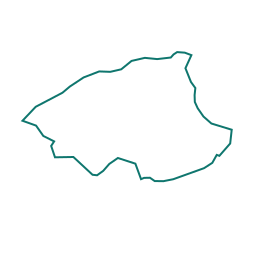 SVG path tracing the border of Bubanza, rotated 252°
{"feature_id": "BDI-2636", "entity_name": "Bubanza", "entity_type": "Province", "adm_level": 1, "iso_a3": "BDI", "parent_name": "Burundi", "parent_adm1": "", "projection": "equal_earth", "projection_center": [29.392, -3.111], "detail": "fine", "context": "isolated", "style": "outline", "palette": "teal", "viewbox_px": 256, "rotation_deg": 252, "n_neighbors": 0, "source": "natural_earth", "source_scale": "10m", "svg_char_len": 722}
<svg xmlns="http://www.w3.org/2000/svg" viewBox="0 0 256 256"><g transform="rotate(252 128 128)"><path d="M73.3,206.3L75.0,204.1L68.8,197.4L66.3,187.9L65.3,155.2L66.5,145.2L69.3,137.0L73.9,133.5L75.6,127.9L75.3,124.6L91.8,124.0L102.6,109.1L99.6,99.1L94.9,91.2L92.6,84.0L94.5,79.8L117.3,67.1L122.7,49.5L134.7,49.4L138.1,53.6L146.6,45.0L158.7,41.3L167.5,29.9L176.7,46.8L181.8,76.6L185.4,85.5L189.8,101.4L190.7,118.1L186.9,128.5L185.9,139.7L190.7,152.1L189.5,165.7L184.5,177.1L181.8,190.5L183.9,194.1L185.0,198.2L182.1,205.3L177.7,210.8L167.1,201.1L152.3,202.1L145.2,204.4L138.7,201.5L132.1,199.6L125.2,200.4L115.6,203.3L106.5,208.7L94.3,226.1L81.7,220.4L73.3,206.3Z" fill="none" stroke="#0f766e" stroke-width="2"/></g></svg>